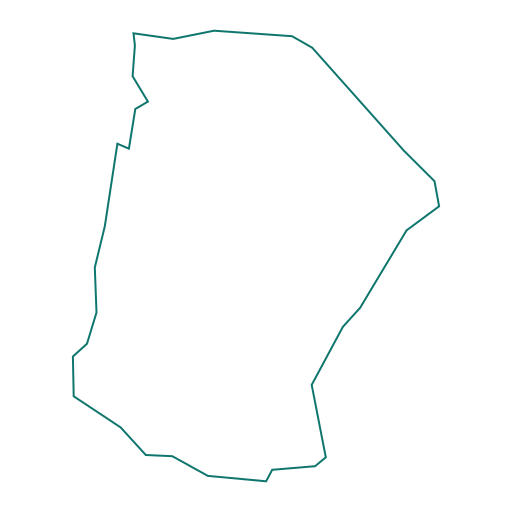 the district of Cannon, Tennessee, United States of America
{"feature_id": "52423323B6550108004779", "entity_name": "Cannon", "entity_type": "district", "adm_level": 2, "iso_a3": "USA", "parent_name": "United States of America", "parent_adm1": "Tennessee", "projection": "mercator", "projection_center": [-86.082, 35.804], "detail": "fine", "context": "isolated", "style": "outline", "palette": "teal", "viewbox_px": 512, "rotation_deg": 0, "n_neighbors": 0, "source": "geoboundaries", "source_scale": "gbopen_adm2", "svg_char_len": 510}
<svg xmlns="http://www.w3.org/2000/svg" viewBox="0 0 512 512"><path d="M134.9,45.5L132.6,76.2L147.9,101.6L135.3,109.0L128.9,148.7L117.4,143.7L104.8,226.3L94.8,267.5L96.5,312.5L87.0,343.7L72.9,356.5L73.7,396.3L120.6,427.4L145.8,455.0L172.3,456.2L207.9,475.9L266.1,481.3L272.2,469.8L315.1,466.2L325.8,457.3L311.7,384.9L342.9,326.8L360.1,307.8L406.6,230.3L439.1,206.3L434.5,181.2L404.0,150.8L312.2,47.7L292.0,36.2L214.1,30.7L173.2,38.9L133.5,33.3L134.9,45.5Z" fill="none" stroke="#0f766e" stroke-width="2"/></svg>